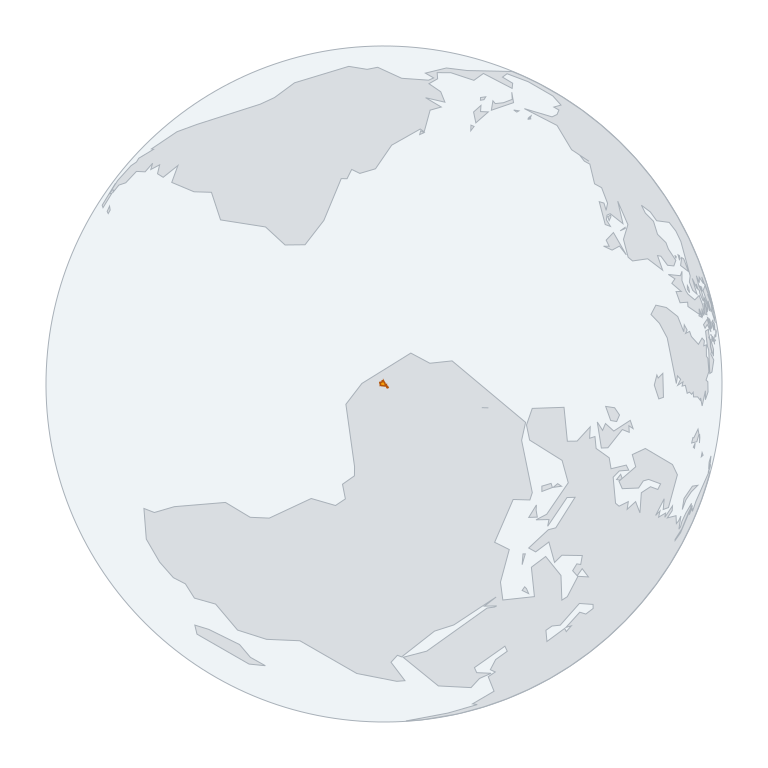 Mamou on an orthographic globe, rotated 94°
{"feature_id": "GIN-5653", "entity_name": "Mamou", "entity_type": "Prefecture", "adm_level": 1, "iso_a3": "GIN", "parent_name": "Guinea", "parent_adm1": "", "projection": "orthographic", "projection_center": [-11.878, 10.604], "detail": "fine", "context": "on_globe", "style": "filled", "palette": "amber", "viewbox_px": 768, "rotation_deg": 94, "n_neighbors": 0, "source": "natural_earth", "source_scale": "10m", "svg_char_len": 9456}
<svg xmlns="http://www.w3.org/2000/svg" viewBox="0 0 768 768"><g transform="rotate(94 384 384)"><circle cx="384" cy="384" r="338" fill="#eef3f6" stroke="#a8b0b8"/><path d="M283.3,61.4L282.8,61.7L255.0,74.5L261.7,72.2L255.5,77.0L260.9,76.5L254.2,80.0L264.4,76.7L269.4,73.7L275.6,71.5L279.3,71.2L271.4,75.3L268.4,76.0L268.0,77.2L262.4,79.5L267.2,78.2L257.2,83.9L272.5,78.1L269.0,82.6L260.9,86.5L254.8,86.1L221.1,97.8L211.1,103.5L202.9,110.8L202.1,123.4L193.8,130.3L187.7,139.7L195.3,135.2L202.9,126.5L215.6,121.6L223.3,112.6L229.6,109.7L240.3,101.5L246.0,103.1L245.8,109.4L237.2,116.7L236.8,120.1L251.0,114.0L240.7,129.7L243.9,144.6L240.5,149.3L223.0,155.2L208.0,151.8L185.3,163.6L207.4,156.8L198.3,170.2L200.0,173.3L204.7,173.6L211.0,169.1L209.5,174.4L187.1,182.0L188.2,177.2L195.3,174.5L188.1,173.6L173.0,180.6L169.6,187.9L150.3,194.0L147.7,199.7L142.0,204.8L147.5,195.1L137.2,213.2L114.0,229.4L99.5,263.2L105.8,235.0L103.1,230.2L98.5,228.6L95.9,233.9L93.4,226.9L84.9,235.6L72.4,261.2L65.9,282.9L69.6,287.2L75.0,276.6L80.2,276.8L67.3,306.5L74.8,315.5L68.8,339.0L69.7,352.7L75.8,351.8L81.3,360.1L88.5,347.8L98.6,342.9L95.5,362.5L103.7,346.2L107.6,357.1L129.6,361.5L127.1,365.6L145.2,393.0L169.9,407.5L175.6,422.8L172.2,431.2L181.8,435.2L182.1,441.0L225.0,455.4L250.6,472.5L252.2,492.4L235.6,513.1L231.7,558.5L204.8,569.5L205.5,586.9L197.7,609.8L180.4,604.8L193.2,618.7L190.1,624.6L181.0,623.1L186.3,631.6L179.9,630.2L189.0,637.1L189.2,645.8L201.3,655.7L204.1,662.4L212.3,668.1L209.5,667.2L209.3,668.3L212.8,671.0L199.6,663.9L183.9,651.6L179.8,646.4L175.9,644.4L166.0,630.3L165.7,632.4L146.8,608.1L138.1,588.7L113.5,527.0L105.9,513.2L89.8,494.3L69.6,441.3L71.3,422.8L68.5,412.4L77.8,387.7L77.8,360.7L75.2,355.8L71.0,364.4L64.4,343.8L65.5,322.6L63.3,278.1L67.0,267.0L73.2,251.3L74.7,247.9L85.1,226.3L97.1,205.4L110.5,185.5L125.3,166.6L141.4,148.7L158.8,132.1L177.3,116.7L196.8,102.7L217.2,90.1L238.6,79.0L260.6,69.4L283.3,61.4ZM94.3,274.4L103.4,296.0L93.9,295.1L96.5,292.6L95.1,284.5L91.1,275.9L84.0,276.9L94.3,274.4ZM108.0,258.1L106.1,255.9L108.6,256.6L108.0,258.1ZM236.5,101.4L238.3,101.5L235.4,102.9L236.5,101.4ZM239.4,98.0L234.6,99.7L235.3,98.3L238.2,97.3L239.4,98.0ZM245.1,96.4L237.1,95.9L238.3,93.7L250.5,88.2L245.1,96.4ZM269.5,72.9L264.2,76.1L265.2,73.9L269.5,72.9ZM268.6,72.2L262.8,70.4L272.4,66.3L272.4,67.3L282.1,63.0L289.6,61.7L286.0,63.9L278.3,66.6L287.0,64.2L268.6,72.2ZM278.1,70.5L276.1,70.2L284.2,66.5L289.8,66.5L285.4,67.6L278.1,70.5ZM280.9,62.8L288.0,60.5L296.0,58.7L299.8,57.7L290.6,61.4L280.9,62.8ZM285.4,68.3L292.4,66.7L291.9,68.4L280.6,70.6L285.4,68.3ZM284.0,65.6L288.2,64.0L287.7,64.8L284.0,65.6ZM294.0,74.6L291.4,73.6L295.4,71.5L294.0,74.6ZM295.0,66.0L295.2,65.5L296.5,64.7L300.9,64.1L295.0,66.0ZM296.9,60.2L298.8,60.2L301.1,58.5L307.2,57.7L299.9,60.5L305.6,58.9L307.5,58.7L299.5,61.4L296.9,60.2ZM309.2,61.4L302.1,65.7L306.0,67.6L302.5,69.4L296.8,66.1L309.2,61.4ZM304.2,61.1L306.5,61.6L301.0,63.2L296.0,63.9L304.2,61.1ZM313.9,56.3L306.5,56.8L308.3,56.2L313.9,56.3ZM311.5,61.5L313.1,60.6L312.4,61.4L311.5,61.5ZM314.4,57.3L311.5,57.4L313.7,56.8L314.4,57.3ZM318.9,58.8L316.6,60.0L313.1,60.3L318.9,58.8ZM317.7,57.8L321.4,56.9L313.3,59.7L316.1,57.9L317.7,57.8ZM316.9,56.7L317.3,56.3L317.8,56.7L316.9,56.7ZM333.3,57.3L323.9,60.8L316.3,61.3L326.5,57.7L333.3,57.3ZM225.3,677.6L202.5,665.9L213.6,671.6L212.5,668.7L227.7,676.6L225.3,677.6ZM225.7,670.2L229.6,669.3L233.2,671.0L231.2,672.2L225.7,670.2ZM707.0,284.6L708.8,290.7L716.3,322.4L718.6,338.6L707.8,297.3L697.3,268.6L696.9,273.4L682.8,252.8L668.7,259.6L663.5,252.9L661.6,258.0L651.1,253.4L642.0,242.4L637.1,245.1L660.6,274.0L665.5,271.4L665.1,257.0L671.1,268.2L680.8,276.0L681.4,308.7L655.3,345.8L647.5,322.7L600.3,265.5L598.8,258.2L598.4,257.5L597.5,256.1L598.6,268.3L588.7,257.3L619.5,297.6L627.0,316.4L655.0,347.4L653.7,351.7L661.1,357.6L678.5,342.4L679.7,350.5L674.7,390.9L646.0,450.0L646.9,483.4L639.7,512.9L615.3,536.6L610.8,558.2L597.2,568.2L591.9,580.6L577.3,595.4L555.3,610.3L524.9,614.8L528.2,604.1L521.0,584.6L513.2,533.9L526.3,508.2L525.8,489.1L503.3,448.6L508.6,423.9L501.3,414.5L486.9,418.4L477.7,407.1L468.5,407.6L406.9,420.6L385.0,406.1L351.3,359.4L360.1,339.7L356.2,317.7L412.4,240.1L430.6,242.8L482.0,228.5L489.5,230.4L490.2,247.1L534.2,262.6L540.4,247.5L573.5,254.0L591.2,250.4L585.6,219.1L556.5,224.2L544.8,210.7L562.7,194.1L587.2,191.5L583.4,186.3L562.3,177.1L562.2,166.6L554.4,173.4L561.8,177.9L557.1,182.8L550.0,179.1L550.3,175.2L541.3,174.2L542.4,194.6L550.1,201.4L530.1,208.5L540.9,221.0L537.5,228.2L517.9,209.9L515.5,202.6L483.7,185.5L484.5,193.5L514.5,210.8L507.7,210.0L508.9,222.9L502.6,212.6L469.7,193.3L447.8,201.0L429.8,234.8L415.0,239.0L398.0,234.4L394.7,202.8L428.3,197.1L427.5,187.4L412.3,175.3L423.8,175.1L421.7,169.9L433.5,167.9L441.9,154.2L452.7,151.6L448.0,136.7L452.9,133.8L454.3,143.2L461.0,148.9L486.8,144.7L489.5,141.0L484.3,132.1L492.1,132.7L483.8,124.8L494.7,119.7L474.5,119.7L467.9,111.0L470.1,103.5L464.3,101.1L460.7,113.4L462.6,118.6L470.0,122.8L471.8,139.0L464.6,142.8L449.0,127.1L437.1,131.4L430.1,118.8L444.2,90.6L454.1,85.0L487.4,91.6L489.7,96.7L478.9,96.5L496.2,103.9L491.3,99.8L497.7,100.8L493.1,94.1L497.4,94.6L485.5,87.7L490.3,87.7L497.8,92.0L495.0,83.5L502.8,82.6L500.1,80.6L495.0,78.6L508.3,79.7L505.7,78.2L500.3,77.2L491.7,73.9L481.6,68.9L486.7,69.5L491.1,71.3L508.0,76.9L518.8,82.8L519.8,82.7L511.7,77.8L491.1,70.8L483.6,67.8L493.1,70.3L489.1,69.1L486.9,67.8L489.6,67.4L479.1,64.6L448.6,53.6L450.8,53.0L462.7,55.6L454.3,53.5L477.5,59.3L500.3,66.7L522.4,75.7L543.9,86.3L564.6,98.4L584.3,111.9L603.1,126.7L620.8,142.9L637.2,160.2L652.4,178.7L666.3,198.2L678.7,218.7L689.7,240.0L699.1,261.9L707.0,284.6ZM400.5,278.2L400.8,284.8L400.5,278.2ZM618.4,205.3L629.5,203.5L615.2,186.7L618.3,184.9L612.2,180.3L614.1,185.5L598.0,172.8L599.4,166.6L593.3,159.7L589.3,160.1L589.3,173.8L612.3,191.4L613.7,199.5L618.4,205.3ZM130.4,361.4L132.7,365.8L128.9,365.1L130.4,361.4ZM90.4,302.5L93.4,304.1L94.2,307.6L91.5,307.7L90.4,302.5ZM120.8,312.1L125.3,315.1L119.7,315.3L120.8,312.1ZM105.3,298.9L117.1,310.6L106.4,313.6L99.3,306.7L105.5,306.7L105.3,298.9ZM102.1,268.4L103.5,270.5L101.6,273.7L102.1,268.4ZM109.9,258.7L109.0,258.7L109.2,255.6L109.9,258.7ZM199.7,169.7L201.4,169.3L205.3,170.8L201.5,172.4L199.7,169.7ZM234.5,165.8L231.2,174.6L230.9,169.0L225.0,172.4L216.9,165.7L238.3,151.3L230.0,158.7L234.5,165.8ZM212.0,154.2L214.7,159.1L210.9,154.4L212.0,154.2ZM398.5,146.9L405.2,149.3L404.6,155.3L390.9,161.3L391.6,152.3L398.5,146.9ZM414.9,151.5L403.1,135.8L411.1,132.4L408.6,136.8L415.1,136.0L412.8,143.1L432.0,156.2L432.7,162.7L407.0,168.6L415.0,162.7L408.0,160.3L414.9,151.5ZM358.9,110.9L353.9,106.6L377.8,104.3L379.7,108.8L366.2,114.3L356.0,112.4L358.9,110.9ZM268.2,88.0L264.7,88.2L266.9,86.8L271.6,85.5L268.2,88.0ZM292.5,74.3L285.5,86.2L281.2,86.8L282.3,94.3L271.4,99.1L271.0,93.9L263.5,103.9L258.8,101.1L254.9,108.0L255.3,95.9L250.8,94.6L260.0,94.0L270.1,89.3L273.2,87.0L278.4,79.8L273.7,75.8L283.0,71.5L290.9,69.6L293.4,69.8L286.6,72.3L294.9,70.9L286.9,74.9L292.5,74.3ZM377.3,62.3L368.3,62.9L383.7,65.1L375.8,67.2L378.1,67.4L375.0,70.2L375.3,74.3L370.7,75.0L372.8,76.4L370.8,78.7L372.1,80.9L364.3,83.3L365.3,86.5L361.1,85.9L364.8,90.9L358.6,88.4L355.4,91.8L363.1,92.4L318.2,104.7L304.3,113.4L296.0,122.5L286.4,118.3L288.0,107.7L296.2,95.7L311.0,88.6L304.0,88.6L309.0,85.4L312.5,86.7L310.2,82.8L315.2,80.7L322.5,73.1L316.0,69.9L318.5,67.4L323.6,67.7L322.5,65.2L333.8,64.3L335.8,62.7L349.0,60.8L357.6,63.0L359.2,61.1L369.3,60.2L377.3,62.3ZM337.1,56.7L349.2,57.7L350.8,59.7L327.2,62.5L323.8,64.0L308.8,66.9L306.8,64.2L311.3,63.5L315.2,62.3L314.2,63.6L317.9,61.7L324.2,60.9L328.7,59.4L331.4,60.0L337.1,56.7ZM494.0,223.5L499.1,223.5L506.1,221.8L507.0,230.3L494.0,223.5ZM471.5,210.4L475.5,208.8L480.2,219.0L474.9,219.4L471.5,210.4ZM473.6,199.8L475.3,208.0L471.3,203.8L473.6,199.8ZM457.6,141.6L461.4,139.9L463.4,141.8L463.1,145.3L457.6,141.6ZM421.4,73.0L415.9,72.1L416.1,71.2L407.1,67.6L412.2,66.3L419.7,67.9L421.4,73.0ZM583.0,225.1L580.3,231.8L576.5,229.5L578.2,227.6L583.0,225.1ZM543.6,231.2L554.6,233.6L543.8,233.5L543.6,231.2ZM425.5,71.0L421.2,69.5L426.4,69.8L425.5,71.0ZM415.5,65.2L420.9,65.2L411.8,65.7L415.5,65.2ZM672.8,499.1L646.6,553.1L637.7,555.9L641.0,541.7L654.0,509.9L666.0,498.2L673.3,482.7L672.8,499.1ZM463.2,63.9L470.1,69.9L478.4,74.7L488.4,77.7L477.2,76.7L464.4,69.2L463.2,63.9ZM449.9,54.5L441.1,52.9L442.8,52.7L445.0,53.0L449.9,54.5ZM446.1,54.2L439.2,54.2L432.9,52.8L439.6,53.0L446.1,54.2ZM432.8,60.7L434.5,62.4L430.2,61.9L432.8,60.7Z" fill="#d9dde1" stroke="#a8b0b8" stroke-width="1"/><path d="M385.7,387.6L383.8,387.6L383.8,388.0L383.7,388.0L382.7,388.3L382.5,388.0L382.5,387.8L382.5,387.7L382.6,387.4L382.6,387.1L382.2,386.5L382.0,386.0L381.9,386.0L381.7,386.0L381.5,385.9L381.4,385.9L381.2,386.0L380.9,386.0L380.9,385.9L380.8,385.6L380.8,385.4L380.9,385.2L381.0,384.9L381.0,384.7L380.9,384.7L381.2,384.5L381.5,384.2L382.1,384.1L382.3,383.8L382.7,383.4L383.1,383.1L383.6,383.0L384.1,382.9L384.3,382.8L384.4,382.6L384.6,382.3L384.5,381.8L384.4,381.6L384.5,381.6L384.8,381.5L385.0,381.5L385.3,381.4L385.5,381.2L385.8,381.0L385.8,380.9L386.2,380.7L386.3,380.5L386.3,380.3L386.3,380.2L386.5,380.2L386.8,380.0L387.0,380.1L387.2,379.8L387.3,379.7L387.5,380.0L387.6,380.3L387.6,380.6L387.3,380.8L386.6,381.3L386.2,381.3L385.7,381.7L385.7,381.8L385.7,382.3L385.7,382.5L385.7,382.8L385.9,382.9L385.9,383.2L385.8,385.4L385.8,386.1L385.8,386.4L385.6,386.6L385.6,387.2L385.7,387.6Z" fill="#f59e0b" stroke="#b45309" stroke-width="1.5"/></g></svg>